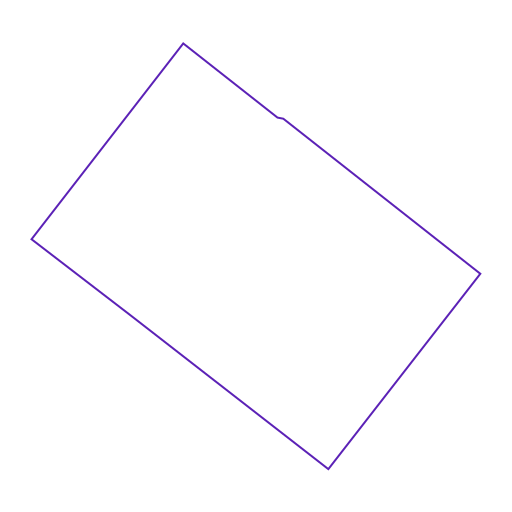 Antelope, Nebraska, United States of America, rotated 128°
{"feature_id": "52423323B82245570198115", "entity_name": "Antelope", "entity_type": "district", "adm_level": 2, "iso_a3": "USA", "parent_name": "United States of America", "parent_adm1": "Nebraska", "projection": "orthographic", "projection_center": [-98.066, 42.176], "detail": "fine", "context": "isolated", "style": "outline", "palette": "violet", "viewbox_px": 512, "rotation_deg": 128, "n_neighbors": 0, "source": "geoboundaries", "source_scale": "gbopen_adm2", "svg_char_len": 260}
<svg xmlns="http://www.w3.org/2000/svg" viewBox="0 0 512 512"><g transform="rotate(128 256 256)"><path d="M381.0,443.2L380.0,318.3L379.4,67.8L131.9,68.3L131.0,319.0L133.7,324.3L133.3,444.2L381.0,443.2Z" fill="none" stroke="#5b21b6" stroke-width="2"/></g></svg>